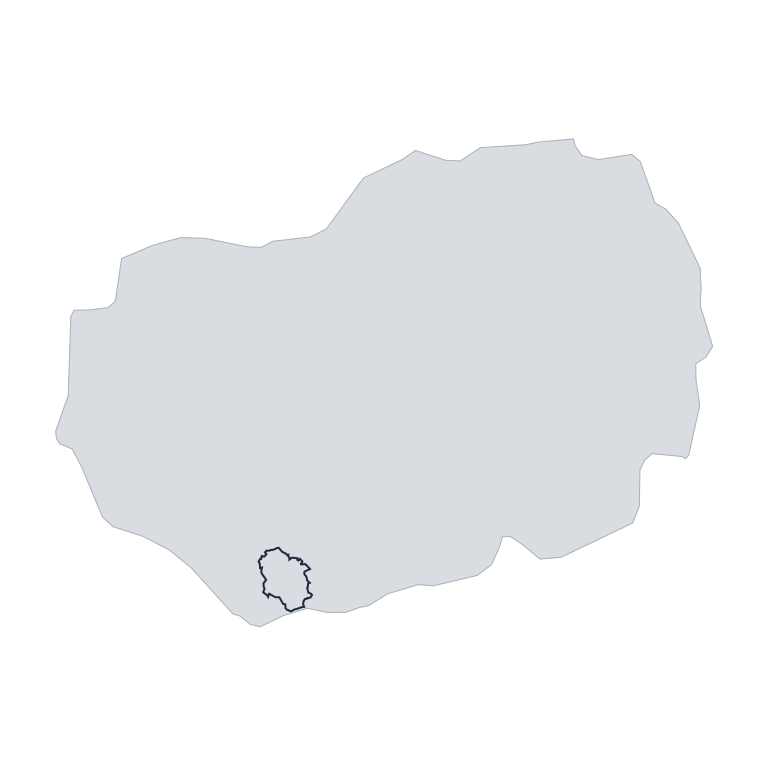 Rankovtse, Rankovce, North Macedonia shown in context, rotated 178°
{"feature_id": "65306769B9482621128818", "entity_name": "Rankovtse", "entity_type": "district", "adm_level": 2, "iso_a3": "MKD", "parent_name": "North Macedonia", "parent_adm1": "Rankovce", "projection": "robinson", "projection_center": [22.13, 42.211], "detail": "fine", "context": "in_parent", "style": "outline", "palette": "slate", "viewbox_px": 768, "rotation_deg": 178, "n_neighbors": 0, "source": "geoboundaries", "source_scale": "gbopen_adm2", "svg_char_len": 2243}
<svg xmlns="http://www.w3.org/2000/svg" viewBox="0 0 768 768"><g transform="rotate(178 384 384)"><path d="M342.2,180.6L356.6,182.3L387.7,174.2L407.1,163.0L416.9,161.4L430.0,157.1L448.9,157.7L468.1,162.6L492.4,156.1L516.3,145.7L525.9,148.3L536.2,157.2L543.1,159.6L582.8,206.7L604.5,225.7L630.2,240.2L659.5,250.7L670.0,260.9L688.8,310.9L697.8,329.9L710.2,335.6L713.2,341.1L713.8,348.3L700.0,383.5L694.6,462.4L691.1,468.6L676.5,468.3L657.0,470.0L649.6,476.1L641.9,518.5L610.6,530.6L582.1,537.4L558.1,535.9L515.9,525.9L502.2,524.8L490.4,530.5L452.7,533.5L436.2,541.0L397.3,590.6L358.0,607.7L344.5,616.3L314.5,605.4L300.1,604.2L279.3,616.9L233.6,618.2L221.3,620.4L186.1,622.3L184.7,615.5L178.3,605.5L161.9,600.8L128.4,604.8L120.2,597.5L106.8,555.4L96.0,548.7L84.1,534.5L64.0,488.7L63.7,468.7L65.2,451.2L54.2,410.1L61.2,399.8L71.8,393.3L72.0,376.7L69.2,351.6L81.9,302.4L85.3,298.8L88.5,301.1L118.4,305.1L126.2,298.8L131.2,289.1L133.1,253.1L140.3,236.4L212.9,204.7L234.2,203.5L250.5,218.1L263.4,227.4L271.1,227.1L274.0,217.7L282.8,199.7L297.7,189.4L341.8,180.6L342.2,180.6Z" fill="#d9dde1" stroke="#a8b0b8" stroke-width="1"/><path d="M512.4,215.7L512.9,213.3L514.2,213.2L515.5,210.7L514.5,209.2L514.3,204.4L512.3,204.8L513.1,202.1L513.0,199.2L508.6,192.4L511.4,189.0L511.3,185.3L510.5,183.8L512.0,180.0L508.0,176.9L507.3,175.3L506.1,178.4L499.8,174.6L496.1,174.6L492.4,167.6L490.3,167.2L490.2,163.4L488.8,161.7L487.3,161.3L486.9,161.0L486.4,160.5L485.2,160.2L484.2,160.1L483.6,160.6L483.1,161.0L482.8,161.2L480.5,162.0L478.8,162.3L477.9,162.6L475.6,163.4L472.8,164.0L471.8,164.1L471.6,164.1L472.5,166.7L472.0,169.6L470.6,171.8L469.4,171.8L468.1,172.9L467.5,172.5L464.9,173.3L463.3,175.6L464.4,177.0L466.9,178.2L467.9,183.1L467.2,183.9L466.9,187.1L465.1,187.9L467.4,189.9L468.4,194.4L470.0,196.3L470.3,197.9L469.9,199.3L464.4,201.7L468.8,206.7L473.2,206.6L473.4,207.4L472.4,207.8L471.7,209.4L474.0,212.1L475.8,210.5L476.8,211.4L476.4,212.8L481.9,213.7L484.7,211.8L484.6,214.0L485.9,215.5L485.5,216.8L487.3,216.8L488.1,218.0L491.5,219.7L494.9,223.9L496.4,223.9L500.6,222.1L503.2,222.1L503.9,221.5L507.6,221.4L508.8,219.9L507.4,218.3L507.8,217.6L509.9,215.6L511.3,216.2L512.1,215.3L512.4,215.7Z" fill="none" stroke="#1e293b" stroke-width="2"/></g></svg>